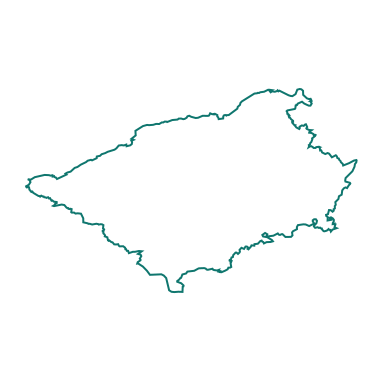 the district of Yangon (North), Yangon, Myanmar, rotated 268°
{"feature_id": "60261553B66884558345744", "entity_name": "Yangon (North)", "entity_type": "district", "adm_level": 2, "iso_a3": "MMR", "parent_name": "Myanmar", "parent_adm1": "Yangon", "projection": "equal_earth", "projection_center": [96.121, 17.31], "detail": "fine", "context": "isolated", "style": "outline", "palette": "teal", "viewbox_px": 384, "rotation_deg": 268, "n_neighbors": 0, "source": "geoboundaries", "source_scale": "gbopen_adm2", "svg_char_len": 6073}
<svg xmlns="http://www.w3.org/2000/svg" viewBox="0 0 384 384"><g transform="rotate(268 192 192)"><path d="M92.5,179.0L97.6,179.4L97.9,180.1L98.9,180.3L101.2,178.0L102.8,174.1L103.5,174.1L104.9,176.1L106.4,177.3L106.6,178.1L109.9,179.5L110.8,183.3L112.6,184.6L113.2,191.5L115.4,195.9L115.5,197.2L115.5,201.6L115.0,203.0L114.0,203.9L113.7,205.1L114.6,209.8L113.6,210.4L113.2,211.4L112.7,214.3L113.3,216.3L111.8,215.6L111.9,217.4L111.0,217.0L110.8,218.7L112.2,222.3L113.5,224.9L115.1,225.7L115.1,227.4L115.7,228.6L119.3,228.1L121.4,229.0L121.4,228.2L122.0,228.5L122.3,227.2L122.8,227.3L123.2,228.5L125.2,229.2L125.6,230.6L127.5,231.0L129.9,233.4L129.9,234.4L128.5,235.8L129.9,237.4L130.7,237.8L132.5,237.5L134.5,239.5L133.3,242.0L135.6,243.6L135.6,244.9L134.5,246.2L133.3,245.5L132.7,246.4L135.3,248.9L136.6,249.6L136.2,252.4L137.7,252.6L138.0,256.0L140.6,258.6L141.0,259.9L139.9,260.5L139.5,261.5L138.1,262.1L139.3,264.8L139.3,268.7L139.9,271.1L141.3,270.1L144.2,265.6L145.1,261.5L146.6,260.8L148.5,263.6L147.1,265.8L145.5,265.0L144.9,265.5L145.5,271.8L147.6,276.3L146.4,277.2L146.0,278.4L146.7,280.0L146.7,281.0L143.8,283.8L143.7,289.4L145.1,290.9L148.1,290.6L149.3,291.6L151.2,295.6L153.3,295.6L155.2,296.7L155.8,302.1L155.6,304.4L153.9,307.9L156.2,313.1L158.3,311.7L159.5,311.7L160.5,313.1L160.4,314.9L158.8,315.9L156.4,315.2L154.2,312.9L153.4,312.6L151.9,313.8L152.4,316.3L151.7,317.4L151.9,318.8L151.3,319.2L151.0,320.5L150.3,320.5L148.3,322.1L148.1,323.1L148.7,325.4L150.2,327.2L149.4,327.8L149.3,328.9L147.6,329.4L149.5,331.1L150.8,335.2L151.7,333.2L154.6,334.2L154.8,333.0L155.3,333.2L155.0,331.5L156.2,331.7L157.5,332.6L159.2,332.8L160.6,331.9L161.8,330.1L161.7,329.4L160.8,329.0L159.9,330.4L159.4,330.4L158.8,326.5L161.1,326.7L161.8,327.2L163.4,325.3L164.5,325.2L165.1,327.1L169.2,328.3L169.0,330.0L167.4,331.8L168.4,333.0L169.8,332.9L170.6,334.2L172.9,334.2L174.2,335.2L176.9,334.9L179.9,338.1L182.6,338.7L184.1,341.5L188.4,342.2L190.4,343.9L191.0,345.1L191.2,345.8L190.5,347.1L193.2,348.9L194.4,350.2L195.1,350.5L195.7,350.1L197.1,345.7L198.2,345.5L200.6,346.0L207.1,353.0L211.6,355.3L214.2,355.8L215.9,357.2L217.9,357.6L218.2,357.4L217.8,355.0L215.3,349.9L213.2,344.0L214.9,343.6L216.6,341.8L217.6,341.6L219.1,340.2L220.3,339.9L220.8,338.5L222.6,338.0L223.7,337.0L221.8,333.0L225.5,330.4L226.2,328.9L225.3,326.5L227.0,323.4L228.9,322.7L229.3,322.3L229.1,321.5L232.0,321.2L232.2,320.7L232.4,321.3L232.8,320.5L232.5,317.7L231.7,317.0L231.8,315.0L232.4,314.6L233.6,312.8L233.4,311.4L232.7,310.2L233.9,310.7L234.8,310.4L235.6,311.6L236.8,311.9L237.8,313.0L240.5,314.1L241.4,313.9L243.7,317.0L244.6,317.5L244.9,316.9L244.7,315.6L245.7,315.3L246.8,313.5L247.2,311.2L248.1,311.5L249.6,313.7L249.9,311.2L251.1,308.8L251.7,308.5L252.9,309.4L255.7,308.2L255.4,307.2L254.2,306.0L254.7,304.1L253.5,301.8L251.9,301.9L251.2,301.4L252.9,298.5L254.2,297.6L255.1,297.7L255.0,296.9L257.6,294.7L258.4,294.5L258.6,295.5L259.6,295.5L261.3,293.5L263.1,292.4L263.1,291.7L264.9,291.2L265.2,291.9L266.4,291.0L266.8,290.0L268.3,290.0L269.5,289.4L270.2,290.2L271.4,297.7L272.1,298.2L274.8,298.6L274.9,299.2L275.5,299.4L275.4,300.1L276.7,300.9L278.4,305.1L276.5,307.2L275.0,310.1L274.2,311.8L274.2,313.4L276.2,314.7L277.2,314.1L278.4,314.6L278.5,313.9L278.7,314.3L279.2,313.9L279.2,314.3L280.1,314.3L281.0,313.8L280.8,312.1L281.6,310.1L285.2,306.5L289.3,306.5L290.8,304.9L291.2,303.3L290.6,300.8L286.2,298.9L284.3,295.7L284.5,294.1L285.3,291.9L290.2,282.9L289.6,281.8L290.6,281.1L289.9,280.4L289.3,278.3L289.8,275.5L288.9,274.1L290.4,273.0L291.1,274.9L291.5,272.7L291.5,271.6L289.7,267.6L289.3,263.7L288.6,262.4L288.8,261.2L288.4,260.5L288.2,257.8L280.8,245.0L279.3,243.5L277.4,243.0L275.5,240.7L273.7,240.2L267.6,231.4L267.6,229.0L267.3,228.9L267.8,227.8L267.4,226.5L266.5,225.9L264.4,225.7L263.9,221.2L265.7,220.8L266.6,219.9L268.0,220.0L269.3,217.7L268.8,217.3L268.8,216.5L269.2,216.3L269.0,215.0L270.0,212.9L267.9,211.8L267.5,210.7L267.8,205.3L266.0,200.7L265.8,198.3L267.2,193.8L268.3,191.9L267.8,190.1L266.4,189.2L265.3,187.2L265.1,185.7L265.8,183.7L265.8,181.3L264.9,180.1L264.6,174.8L262.8,169.6L263.2,169.2L263.3,167.1L262.5,165.7L262.6,164.3L261.1,161.6L261.3,158.5L260.5,155.6L260.3,151.5L260.6,149.4L259.6,145.3L255.1,137.6L250.5,137.7L247.2,133.3L246.2,135.4L245.4,133.2L244.0,133.9L242.0,133.5L240.8,131.9L240.0,128.2L241.7,128.0L240.9,125.6L241.3,123.3L241.0,120.4L238.3,118.0L237.0,116.1L235.1,109.1L233.9,106.6L232.9,103.0L231.4,101.4L230.8,98.1L229.1,97.9L227.1,93.2L227.7,92.2L226.9,88.8L225.6,87.2L223.2,81.8L221.0,78.4L220.2,75.6L216.6,71.4L215.8,68.1L214.8,66.2L213.8,67.2L209.7,57.5L211.2,56.5L211.7,55.1L212.7,54.7L212.3,53.2L213.6,53.1L213.3,51.1L213.8,49.8L214.2,45.3L212.3,35.4L210.0,31.4L210.5,28.3L209.5,30.1L207.5,30.9L204.9,29.2L203.5,26.4L202.6,26.7L202.3,27.1L202.8,28.6L202.4,29.3L200.0,29.6L198.8,30.8L198.2,30.8L197.6,31.6L198.0,32.5L196.7,33.3L193.4,38.4L193.2,39.8L192.7,40.1L193.6,41.2L192.6,42.9L192.7,43.6L191.9,44.1L191.7,45.6L191.2,46.3L191.8,48.0L190.5,48.9L190.8,49.9L188.2,51.3L188.5,52.1L187.2,53.5L186.7,56.4L185.7,56.4L185.1,54.9L183.9,54.4L183.0,52.8L182.7,53.6L184.0,61.3L183.4,64.0L180.6,66.2L180.2,67.8L179.5,67.9L179.2,69.2L179.5,70.0L179.1,71.1L176.0,70.6L175.6,71.1L175.5,73.5L174.5,74.8L174.7,77.0L174.2,80.3L169.5,82.4L165.5,82.3L164.3,86.8L163.8,87.3L163.8,88.7L163.0,91.1L163.6,95.3L163.2,97.1L162.7,97.6L163.0,99.6L162.8,101.0L162.0,102.3L158.8,101.8L157.7,102.9L157.0,102.6L156.4,101.4L155.7,101.4L155.5,102.1L153.7,102.0L152.5,103.2L151.5,103.6L150.7,103.3L149.7,105.8L146.9,106.3L146.8,107.1L146.1,107.1L146.1,108.1L144.7,109.7L144.5,110.8L142.4,112.4L142.2,114.2L142.4,116.4L140.9,117.0L140.2,117.8L140.2,121.3L138.7,123.2L137.2,123.4L137.2,124.1L135.5,124.8L135.4,126.1L133.1,126.8L134.3,130.8L134.2,132.8L134.9,136.9L134.5,139.7L132.0,135.9L131.1,138.5L129.7,139.1L127.2,137.5L126.1,138.2L125.5,138.1L123.8,135.3L122.4,134.8L122.5,135.6L119.2,140.3L114.9,144.2L110.7,147.1L110.8,158.5L109.5,160.9L106.9,163.2L94.6,165.7L93.0,168.0L92.6,170.8L92.8,174.9L92.5,179.0Z" fill="none" stroke="#0f766e" stroke-width="2"/></g></svg>